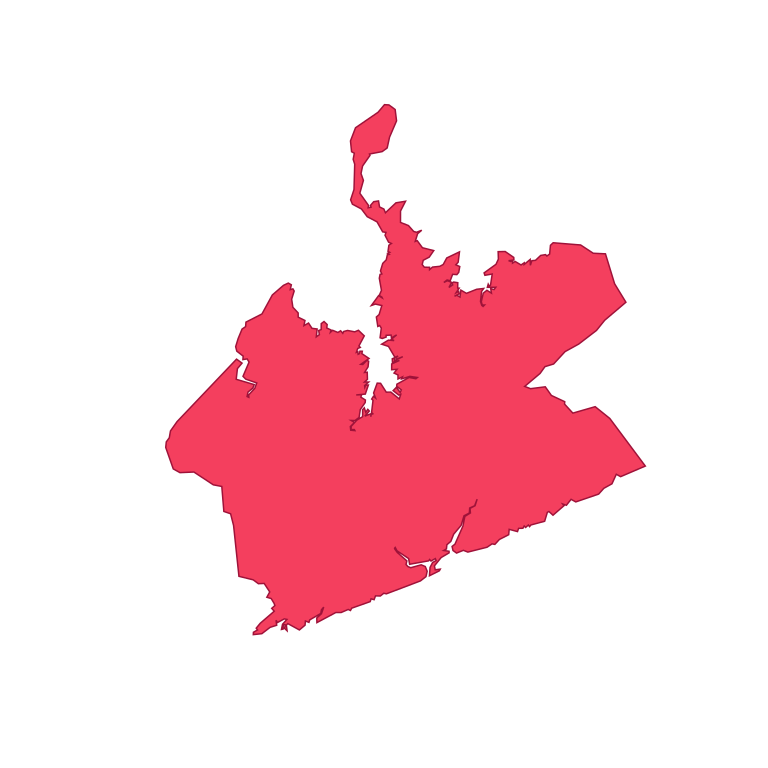 outline of Chake Chake, Kusini-Pemba, United Republic of Tanzania, rotated 53°
{"feature_id": "72390352B74660811526984", "entity_name": "Chake Chake", "entity_type": "district", "adm_level": 2, "iso_a3": "TZA", "parent_name": "United Republic of Tanzania", "parent_adm1": "Kusini-Pemba", "projection": "equal_earth", "projection_center": [39.751, -5.247], "detail": "fine", "context": "isolated", "style": "filled", "palette": "rose", "viewbox_px": 768, "rotation_deg": 53, "n_neighbors": 0, "source": "geoboundaries", "source_scale": "gbopen_adm2", "svg_char_len": 6170}
<svg xmlns="http://www.w3.org/2000/svg" viewBox="0 0 768 768"><g transform="rotate(53 384 384)"><path d="M373.0,163.9L373.4,167.6L379.9,173.5L379.8,176.9L377.9,177.1L375.6,181.5L376.4,188.6L374.5,191.7L377.3,195.7L372.5,192.3L372.9,200.1L371.6,199.1L371.4,202.9L365.1,205.5L364.8,208.6L363.0,207.1L362.5,209.0L360.5,210.3L363.1,205.6L361.0,204.2L351.1,207.5L347.0,213.2L353.1,217.5L355.8,222.5L355.5,237.2L357.9,238.0L361.3,231.4L369.1,239.4L369.3,241.1L367.0,240.7L369.0,243.3L374.0,236.5L374.8,239.3L372.1,241.4L376.1,243.5L371.1,245.4L371.2,250.1L376.9,256.8L380.1,258.0L381.4,256.2L381.7,258.2L380.0,258.6L376.2,257.3L368.8,250.4L367.7,246.9L364.1,253.0L361.2,263.6L355.3,266.1L360.3,271.0L357.0,272.4L356.3,274.9L357.2,269.8L355.0,268.6L354.5,271.4L352.7,266.3L351.7,267.4L347.5,264.1L344.5,267.0L344.6,269.5L346.2,269.5L346.0,274.0L343.5,268.8L339.7,271.2L338.9,275.1L338.9,271.0L341.4,269.0L337.7,263.2L340.5,260.0L339.8,257.1L335.8,252.8L332.0,254.9L331.4,251.5L323.9,244.2L321.1,258.0L324.2,264.8L323.6,268.6L319.8,274.9L320.1,278.8L318.2,277.4L315.0,281.5L311.6,281.6L308.8,278.2L309.9,271.5L307.4,264.0L298.3,271.3L289.5,271.2L288.9,273.2L284.2,266.7L283.9,261.3L282.4,266.7L280.0,268.5L272.2,269.1L264.9,273.6L255.8,266.7L251.0,256.8L246.5,265.4L248.1,279.8L244.2,278.8L239.9,281.0L234.5,278.2L232.2,282.5L233.2,287.2L235.0,288.0L233.7,290.6L232.2,288.9L217.1,288.5L209.0,277.9L202.1,275.7L197.0,269.9L193.0,257.6L191.6,257.2L197.3,245.6L197.4,239.4L190.2,231.0L181.4,215.6L171.5,209.9L164.1,212.1L161.2,215.5L163.4,225.2L162.2,252.5L169.7,264.5L179.0,270.1L181.8,268.8L186.0,273.4L190.8,275.1L210.6,290.9L216.8,299.8L221.4,301.0L230.6,296.7L240.3,296.7L250.3,292.0L261.7,293.5L264.1,291.2L265.9,293.7L273.5,295.0L276.2,293.5L276.1,296.6L280.5,301.0L282.3,300.2L281.8,302.4L283.6,301.9L282.8,303.5L286.2,307.5L286.9,312.4L291.6,318.8L294.8,319.5L294.1,321.2L296.7,324.1L307.7,329.7L310.4,334.5L313.3,333.4L314.2,333.6L310.2,335.2L313.7,346.8L315.0,342.8L320.0,338.5L325.6,346.1L325.9,349.8L334.3,354.3L334.7,352.3L337.7,352.5L344.7,359.3L346.6,358.0L347.8,354.1L346.4,353.0L349.2,348.9L351.6,350.3L352.4,344.3L352.7,351.1L355.4,349.8L351.6,354.1L350.8,361.9L356.7,357.8L369.2,359.2L370.1,355.9L370.2,358.9L371.7,359.2L373.5,352.5L371.7,361.4L369.3,360.2L368.8,362.2L371.8,364.2L374.5,357.5L372.6,365.8L377.2,369.3L380.1,364.8L381.3,369.4L385.2,367.4L388.4,369.8L389.4,365.0L390.5,366.9L393.5,358.7L398.9,353.4L399.0,355.4L393.9,360.0L391.9,373.8L393.4,375.2L399.1,373.7L400.5,376.1L394.1,376.2L394.8,380.7L401.7,378.9L402.4,376.9L405.1,380.8L394.6,383.4L391.9,387.1L381.4,386.3L379.2,388.9L384.9,397.7L390.0,399.2L387.5,399.9L388.6,402.9L390.4,402.6L399.3,411.1L401.7,410.7L400.1,411.9L402.2,414.3L399.9,412.3L398.1,418.7L396.8,412.0L394.5,412.2L395.6,415.6L391.2,414.1L391.7,416.6L397.2,420.7L396.5,427.5L398.1,435.7L400.6,437.7L402.5,435.1L403.7,435.3L400.9,438.4L397.7,436.5L397.0,430.7L393.3,432.2L395.7,429.1L395.7,424.0L390.1,418.3L387.5,410.2L385.6,408.5L380.5,410.4L379.1,408.3L376.0,412.8L380.8,405.0L375.4,397.1L373.9,399.3L375.1,401.3L373.6,400.5L373.2,395.1L370.7,398.4L370.3,394.4L364.5,390.3L363.1,392.6L360.7,386.4L356.6,382.6L354.8,383.3L355.7,389.2L354.3,390.7L354.6,380.6L346.4,383.4L344.8,381.6L343.3,383.5L345.0,385.3L344.7,386.8L342.5,385.5L342.1,387.0L339.8,383.6L340.5,380.9L338.5,381.1L333.7,370.8L325.7,372.1L324.7,376.0L319.3,380.9L317.8,384.6L318.7,386.4L315.4,386.6L315.1,389.8L310.2,392.7L310.5,395.7L309.0,393.8L304.8,396.0L302.3,393.6L298.0,394.3L298.0,397.8L302.7,401.4L302.0,404.0L305.7,405.9L305.6,409.7L299.8,404.3L296.2,408.0L289.9,407.6L289.2,412.8L285.7,408.9L279.0,412.3L275.6,409.8L267.9,410.6L260.7,406.7L255.7,399.8L253.2,399.5L252.2,402.1L249.0,398.3L245.8,399.7L244.7,404.9L245.7,419.6L254.6,439.3L251.5,457.0L254.9,460.0L254.7,464.3L259.9,473.1L264.9,480.0L269.2,481.8L277.0,479.7L279.6,482.0L281.6,478.2L285.3,478.6L293.0,492.0L296.9,491.5L306.6,485.0L309.7,489.8L311.3,498.7L313.3,500.0L311.6,500.9L308.6,497.5L308.3,491.2L306.4,488.0L291.3,499.2L283.5,491.8L281.9,484.8L275.4,486.8L289.5,571.9L293.0,582.8L297.7,587.8L299.2,592.7L303.3,596.5L325.0,603.4L332.0,600.3L339.9,588.8L361.8,581.0L368.2,575.2L389.4,588.6L395.3,584.6L406.5,589.3L450.3,615.6L461.7,606.3L467.9,604.5L471.2,599.7L481.3,600.4L483.8,605.9L487.5,603.2L493.1,603.8L495.3,604.5L495.6,608.7L499.4,608.4L500.6,626.8L502.1,633.0L504.3,633.0L503.7,637.7L505.5,639.2L509.9,631.8L509.8,621.4L512.1,614.9L507.7,612.4L510.4,612.6L511.6,605.0L513.6,603.2L514.8,609.6L518.3,613.6L519.0,612.1L515.5,609.2L516.9,607.8L519.3,610.5L522.7,609.9L517.8,607.1L517.5,605.0L529.5,599.6L529.1,592.2L526.0,589.4L529.2,587.4L527.7,585.3L529.2,572.6L526.7,569.9L525.9,566.4L529.8,572.2L530.4,578.5L534.2,581.2L537.5,560.0L540.7,555.8L542.5,548.3L544.7,547.1L543.6,544.7L549.5,526.0L547.8,523.6L550.3,521.7L548.1,518.3L551.1,514.5L551.0,510.1L553.0,508.4L563.2,473.4L563.1,466.4L559.5,462.2L554.6,460.9L550.8,463.1L546.8,473.2L544.2,474.8L541.4,475.0L539.0,472.2L526.5,474.8L522.3,474.7L521.5,474.4L521.3,473.4L525.0,474.0L538.2,469.4L543.4,472.0L552.1,454.8L551.6,453.2L553.7,453.0L554.3,448.1L556.4,448.6L555.8,452.6L558.2,457.6L564.5,463.1L566.5,452.2L565.7,450.5L563.2,454.9L559.6,453.2L557.0,442.8L558.0,433.6L556.7,432.7L552.9,436.5L553.3,433.4L550.2,430.5L549.9,425.3L545.9,418.8L543.3,407.5L537.4,399.4L538.4,393.5L534.6,390.2L535.8,384.9L532.0,378.9L536.0,384.5L535.1,390.1L539.0,392.6L538.4,399.1L545.0,406.5L554.6,423.7L554.7,427.4L558.5,429.1L562.7,427.8L564.6,420.7L568.7,418.2L576.4,399.9L576.7,393.9L578.8,392.0L577.6,385.4L579.4,375.1L575.4,371.5L582.2,366.2L580.3,363.4L582.8,359.9L581.8,357.5L583.8,357.2L583.5,353.6L585.5,353.6L585.0,351.5L590.3,338.3L584.8,330.8L585.1,329.0L590.5,328.0L589.5,313.5L587.4,313.5L590.6,311.3L588.7,304.0L593.6,301.8L601.1,278.8L599.6,271.2L600.9,262.0L595.9,252.8L600.4,250.8L606.8,224.7L547.4,224.4L529.2,229.0L520.9,250.7L508.7,251.9L506.9,250.3L493.9,257.2L483.3,256.9L475.9,269.8L470.6,273.1L469.5,253.0L467.0,245.0L470.1,236.5L467.1,219.9L469.3,204.4L469.1,182.1L465.9,169.3L464.3,141.6L442.7,139.5L413.3,128.8L405.5,138.2L391.3,143.3L373.0,163.9Z" fill="#f43f5e" stroke="#9f1239" stroke-width="1.5"/></g></svg>